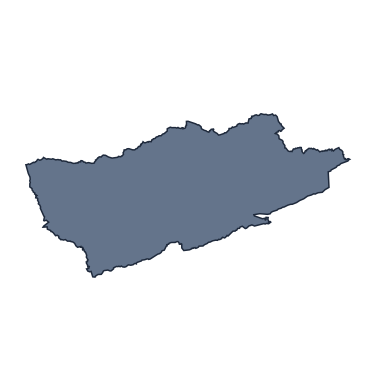 Ambato, Catamarca, Argentina, rotated 82°
{"feature_id": "61730980B94999737100466", "entity_name": "Ambato", "entity_type": "district", "adm_level": 2, "iso_a3": "ARG", "parent_name": "Argentina", "parent_adm1": "Catamarca", "projection": "orthographic", "projection_center": [-65.964, -27.984], "detail": "fine", "context": "isolated", "style": "filled", "palette": "slate", "viewbox_px": 384, "rotation_deg": 82, "n_neighbors": 0, "source": "geoboundaries", "source_scale": "gbopen_adm2", "svg_char_len": 6049}
<svg xmlns="http://www.w3.org/2000/svg" viewBox="0 0 384 384"><g transform="rotate(82 192 192)"><path d="M141.9,352.7L151.0,351.5L154.5,350.4L156.8,350.4L158.3,351.1L160.2,350.8L161.1,351.4L164.4,351.9L166.3,350.0L168.0,350.0L169.1,349.2L169.9,349.2L171.1,347.8L172.1,348.1L173.1,346.8L173.7,347.1L174.0,346.1L175.2,347.4L176.0,347.6L176.4,346.3L177.4,345.6L178.5,346.1L181.0,345.2L182.3,345.8L183.7,344.6L185.8,344.0L186.9,344.5L195.2,342.1L196.0,341.5L199.5,342.8L200.0,342.4L199.7,340.2L201.9,338.1L205.2,343.7L206.1,344.4L206.4,340.3L208.7,340.4L210.5,337.3L211.5,337.2L211.9,336.1L213.1,335.0L216.3,333.2L216.1,331.5L217.3,330.1L218.8,330.3L221.1,328.4L220.9,327.7L221.7,326.0L221.5,324.0L223.3,322.2L223.8,319.1L224.3,318.8L224.8,317.1L226.4,315.4L229.2,314.4L230.8,313.0L230.5,309.7L231.2,309.9L231.6,308.0L232.8,307.6L233.0,308.3L233.9,308.4L234.2,308.3L234.2,307.1L236.2,306.7L236.5,305.9L240.0,305.1L241.8,305.7L244.8,304.4L245.1,305.1L246.4,305.2L246.5,306.4L248.1,306.4L249.4,305.7L251.6,305.6L251.2,304.6L251.5,304.1L253.3,304.9L253.5,307.1L255.8,306.2L256.8,304.4L256.6,303.0L262.2,302.1L262.7,300.2L262.6,299.5L261.8,299.2L260.6,296.6L260.9,293.3L259.4,291.7L257.9,290.7L257.6,289.8L257.6,286.2L258.8,284.1L258.8,282.9L257.2,280.4L256.2,280.2L255.2,277.2L255.6,275.7L255.3,274.7L256.0,273.6L255.5,272.3L256.6,270.9L257.0,269.2L256.8,267.8L255.3,265.2L256.0,262.8L255.8,260.4L254.9,259.0L254.9,258.0L255.4,257.1L254.7,257.0L254.1,256.2L253.2,251.7L252.5,251.1L252.5,248.3L252.0,245.9L252.2,244.8L252.7,244.4L252.6,242.9L248.8,234.6L248.5,232.6L247.5,230.9L246.0,229.8L245.7,227.5L242.0,225.0L241.8,224.1L240.6,224.2L240.4,222.3L239.7,222.0L239.1,219.7L239.6,215.6L239.0,213.8L239.2,212.8L240.4,212.0L241.9,211.8L242.1,210.8L241.6,210.1L242.2,209.4L246.0,209.9L248.8,208.3L248.9,202.5L248.4,200.7L247.8,200.3L248.0,199.2L247.4,198.6L247.9,198.1L247.4,196.7L248.3,196.1L248.0,194.7L247.5,193.3L246.6,192.6L247.0,188.6L245.9,187.0L245.1,184.1L244.1,182.7L244.1,181.0L243.2,178.3L243.0,175.2L243.4,173.4L242.6,172.1L243.0,171.2L242.3,169.1L241.3,168.5L241.1,167.9L242.0,166.2L241.8,165.5L240.2,163.5L240.4,163.0L240.0,163.1L240.2,161.9L236.5,156.9L236.7,154.6L236.1,154.1L236.1,153.1L234.5,151.9L234.6,150.0L233.5,149.4L232.9,147.0L235.6,144.3L235.4,143.0L233.4,140.1L233.3,138.4L232.9,137.9L233.0,137.1L234.4,134.8L233.3,125.1L233.9,124.1L233.5,122.8L234.1,120.5L232.8,118.2L232.2,118.6L232.4,120.4L231.4,120.1L229.6,120.7L227.9,120.1L227.4,122.1L229.6,122.6L229.9,123.3L229.6,123.5L228.1,123.1L228.3,125.9L224.3,133.6L223.1,133.9L222.9,127.9L224.6,120.4L224.5,117.7L223.1,116.4L222.5,114.7L221.8,110.3L220.8,108.8L220.5,106.1L219.7,104.4L219.7,102.9L218.4,99.0L217.9,96.1L218.1,94.4L217.0,89.9L215.4,86.5L214.3,82.3L212.1,78.1L211.6,74.3L210.7,71.6L211.2,70.4L210.3,67.4L210.4,63.0L208.2,59.9L206.5,55.7L191.0,54.3L190.5,51.7L189.5,51.1L187.6,45.8L186.2,44.4L185.8,42.3L184.6,40.7L183.0,33.3L181.9,32.3L181.6,31.3L180.8,32.3L180.8,33.4L181.4,34.3L181.3,35.3L180.3,35.5L180.5,36.4L177.3,37.1L176.1,36.6L175.7,37.4L173.1,37.1L171.5,38.1L170.3,39.8L168.5,40.4L169.6,44.2L171.0,46.2L170.1,46.9L170.5,47.6L169.0,47.6L169.6,49.6L168.8,49.9L168.8,50.9L169.8,52.3L169.4,52.6L169.9,53.6L169.2,54.1L169.9,55.5L169.6,56.3L169.9,57.1L169.5,57.4L170.0,59.9L167.6,61.8L167.9,62.8L165.8,65.5L166.4,66.2L165.3,67.9L165.5,68.6L165.0,70.1L166.5,72.8L167.1,73.0L166.9,73.7L167.3,74.3L168.6,74.9L169.4,76.0L168.5,76.8L166.8,77.5L165.8,77.1L164.9,77.7L163.2,77.6L162.8,79.0L163.2,79.9L162.9,81.0L163.4,82.1L163.1,83.4L163.7,84.0L163.5,85.6L165.9,87.4L165.3,88.3L165.6,89.0L165.3,90.2L164.6,91.2L161.5,93.0L161.3,93.9L158.8,93.6L156.9,94.7L155.4,95.1L154.8,94.8L153.5,95.3L151.4,98.3L148.4,98.2L146.5,99.5L145.7,101.4L144.7,100.0L144.4,98.1L143.6,98.1L143.3,97.5L143.3,96.5L144.2,95.9L144.0,94.9L143.0,94.2L141.7,91.9L138.6,94.2L137.0,94.3L136.6,95.4L135.4,95.7L134.5,96.5L129.3,97.2L127.5,98.5L127.6,100.5L125.9,101.4L126.4,103.9L126.4,106.2L125.4,107.8L125.3,109.9L124.1,112.8L124.5,113.7L125.4,114.5L125.4,116.2L124.5,117.6L124.8,119.5L125.3,120.2L125.3,122.3L126.2,122.2L126.5,122.9L127.4,123.1L127.5,125.4L131.5,126.9L131.1,129.1L131.9,131.4L131.4,132.3L131.4,134.0L130.8,135.2L131.2,137.0L132.1,138.2L133.0,138.5L133.8,142.0L133.2,143.0L134.4,144.1L134.3,146.5L135.7,146.8L138.1,150.0L137.9,151.5L138.5,152.1L139.3,156.4L139.3,157.8L137.5,159.0L135.3,161.8L134.0,162.5L133.0,161.8L132.6,162.0L132.6,164.3L133.9,165.5L133.7,166.0L135.1,167.0L134.2,168.7L133.4,169.5L132.6,171.3L130.7,173.8L128.5,174.0L126.4,176.0L126.4,177.0L125.0,178.9L121.4,186.1L121.3,187.7L124.2,188.0L124.9,188.5L125.2,188.2L126.4,189.4L127.0,189.3L127.9,190.1L128.1,192.0L127.3,191.8L126.9,192.9L127.6,194.0L126.9,196.1L126.1,196.9L126.6,198.1L125.9,199.5L125.5,202.9L124.8,204.5L125.9,207.7L128.3,208.1L129.7,210.6L130.2,210.9L130.6,213.1L132.0,214.7L131.7,216.9L132.3,217.7L132.6,219.8L133.8,221.0L133.9,222.9L134.7,223.6L134.7,224.4L136.5,225.4L136.0,227.6L136.5,228.2L136.1,228.7L136.8,231.6L136.4,232.6L135.4,233.5L136.8,234.4L137.5,236.0L138.3,236.4L138.4,236.0L139.8,237.3L139.4,238.0L139.7,238.8L141.3,240.2L141.3,241.3L142.3,242.8L142.0,244.9L140.3,248.5L140.2,250.2L141.0,251.7L140.9,253.4L142.3,253.8L143.6,254.8L145.1,254.6L146.6,256.2L146.5,256.8L147.2,257.6L146.5,259.9L147.3,260.7L147.3,266.4L145.7,269.9L143.7,272.4L143.1,274.7L143.5,275.7L144.7,277.0L144.3,278.5L144.4,279.3L145.1,279.8L145.0,280.4L146.6,282.0L146.9,283.0L147.5,282.9L148.8,284.4L149.6,284.6L149.8,285.5L149.7,287.3L148.5,290.3L148.6,293.0L147.5,293.9L147.3,295.1L146.0,296.0L145.5,297.5L146.0,298.2L146.6,298.2L146.5,300.0L147.3,300.8L147.0,301.1L147.3,301.8L147.1,302.8L147.4,303.1L147.1,305.8L145.8,308.0L145.3,310.7L144.2,312.0L143.3,315.2L143.4,316.3L141.8,317.7L141.7,319.2L141.2,320.1L141.2,322.5L139.7,325.2L140.0,326.6L139.0,330.1L139.4,331.2L137.1,334.3L138.0,334.9L139.0,336.7L139.4,338.3L138.3,339.7L138.3,340.4L140.0,341.8L140.3,343.0L140.8,343.4L140.9,344.4L140.5,344.9L142.1,348.9L141.4,350.1L141.9,351.2L141.9,352.7Z" fill="#64748b" stroke="#1e293b" stroke-width="1.5"/></g></svg>